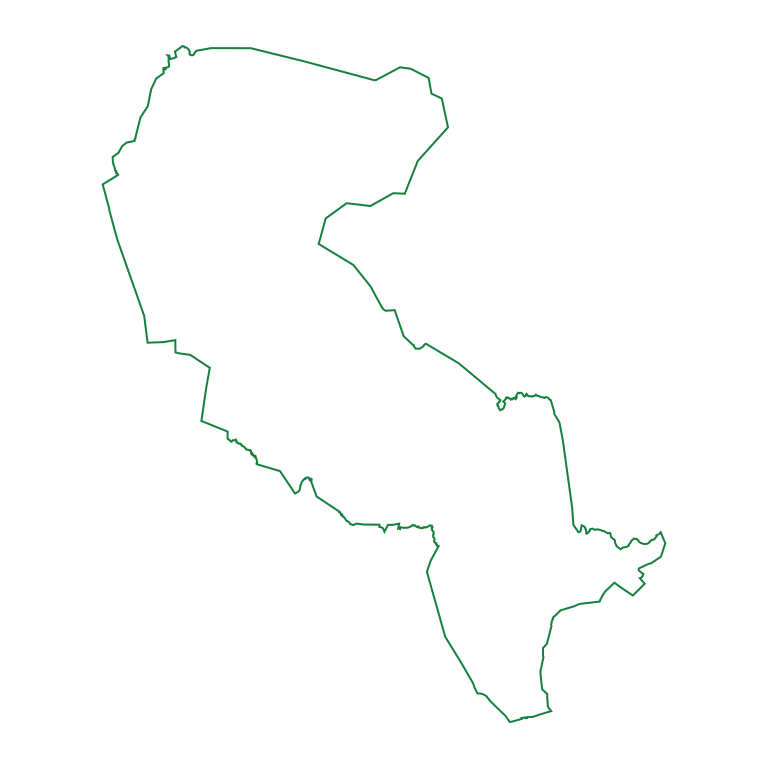 Tynset nor, Hedmark, Norway
{"feature_id": "86288312B7297449616309", "entity_name": "Tynset nor", "entity_type": "district", "adm_level": 2, "iso_a3": "NOR", "parent_name": "Norway", "parent_adm1": "Hedmark", "projection": "albers", "projection_center": [10.663, 62.36], "detail": "fine", "context": "isolated", "style": "outline", "palette": "green", "viewbox_px": 768, "rotation_deg": 0, "n_neighbors": 0, "source": "geoboundaries", "source_scale": "gbopen_adm2", "svg_char_len": 6077}
<svg xmlns="http://www.w3.org/2000/svg" viewBox="0 0 768 768"><path d="M417.8,160.9L448.0,127.3L441.8,98.5L431.5,93.7L428.6,77.9L410.8,68.8L400.0,67.3L376.0,80.1L373.9,80.1L305.4,61.7L250.9,48.2L211.2,48.1L196.3,50.8L194.1,53.6L193.8,54.7L192.0,55.4L189.8,54.6L189.8,54.2L189.4,53.5L189.8,52.6L189.7,51.7L188.6,49.5L186.9,47.9L185.9,47.3L184.5,47.5L183.9,46.3L182.6,46.1L181.4,46.6L181.1,47.2L174.9,51.6L176.3,56.9L173.6,58.3L170.2,59.0L170.0,58.0L169.5,57.3L169.2,55.5L167.7,55.4L168.4,56.1L168.6,58.3L168.9,58.9L168.5,60.7L169.2,66.2L168.1,67.2L165.7,67.7L165.7,69.3L164.4,69.4L164.1,68.0L163.4,68.0L163.5,70.7L163.8,73.1L156.2,78.5L151.2,89.2L147.8,106.2L140.5,117.4L135.5,137.0L135.6,137.9L134.6,139.4L134.7,140.9L126.6,142.6L122.2,146.1L118.4,152.9L112.7,157.0L112.9,162.2L113.2,162.5L113.3,164.3L114.5,166.9L114.6,168.0L115.1,169.2L115.0,169.7L115.2,170.6L116.3,171.2L116.1,171.7L116.6,172.5L116.1,172.5L116.3,173.3L116.8,173.3L118.1,174.9L102.7,184.4L109.2,208.6L109.2,209.8L117.3,239.6L144.2,315.9L147.6,342.7L163.6,342.1L175.3,340.1L175.5,352.4L179.5,353.4L190.2,354.9L209.8,367.8L206.2,387.9L201.4,421.0L227.7,431.6L227.5,434.4L227.6,438.7L228.4,439.5L229.2,439.6L230.6,441.3L231.5,441.7L232.8,440.2L233.9,440.4L235.9,439.6L236.6,441.3L236.4,441.9L236.6,442.6L237.8,442.7L238.9,443.8L239.4,443.5L240.7,443.7L241.0,444.6L241.7,445.0L241.8,445.8L244.3,446.9L244.6,447.7L245.9,448.5L246.3,449.6L247.7,449.6L249.5,450.5L250.4,450.0L251.0,451.4L251.2,453.9L251.8,454.1L252.4,453.5L252.6,454.3L253.1,454.6L252.7,455.3L253.5,455.7L255.3,455.8L255.2,456.4L255.5,456.7L254.8,457.2L256.2,458.2L256.3,459.1L256.8,460.1L257.0,462.1L257.0,462.9L256.5,463.1L256.5,463.5L257.2,463.4L257.3,464.4L280.0,471.1L295.0,493.5L298.5,491.6L299.1,490.8L299.8,489.4L300.2,487.4L300.3,485.5L301.2,484.2L301.5,482.6L302.0,481.5L302.9,480.8L303.4,479.7L304.7,479.2L304.7,478.7L305.5,478.1L305.7,478.4L306.0,477.8L307.8,477.4L308.5,477.5L308.6,477.8L308.5,478.0L309.3,478.4L309.3,479.7L309.7,480.1L310.3,479.6L310.6,478.7L311.6,479.2L311.2,479.9L311.6,480.7L311.3,481.2L311.3,482.0L316.7,496.6L339.7,511.9L339.3,512.3L340.5,513.1L340.9,513.8L340.9,514.6L341.3,514.6L341.6,514.1L342.2,514.3L342.2,514.7L341.6,515.1L342.6,515.8L342.5,516.3L344.1,517.3L345.3,518.8L346.1,520.5L348.7,521.9L349.4,522.6L349.9,523.8L353.4,525.2L354.1,524.6L356.9,523.6L363.3,524.5L379.5,524.7L379.4,527.0L381.1,527.2L382.6,528.0L383.6,529.4L384.4,531.8L388.1,524.8L392.5,524.9L399.2,523.6L398.2,528.5L398.7,528.3L400.0,529.1L400.6,527.2L403.0,527.8L407.9,527.7L410.7,526.5L412.5,525.0L413.4,525.7L413.9,525.2L414.7,525.2L416.5,526.9L418.0,526.3L418.3,526.4L418.2,527.2L419.3,527.9L419.9,527.6L422.0,528.4L423.0,527.4L423.6,527.8L424.9,527.0L425.6,527.5L428.0,526.6L429.5,525.4L431.2,525.6L431.4,526.1L432.0,525.9L432.2,526.3L431.9,526.7L432.3,527.2L432.0,527.3L432.0,528.3L431.8,528.4L432.2,529.6L432.0,530.1L433.4,531.4L433.3,531.9L433.7,532.4L433.7,533.9L433.2,534.5L433.3,535.3L433.1,535.8L433.2,536.2L433.2,537.0L433.9,537.5L434.6,539.0L434.0,541.5L434.8,542.1L434.9,542.7L435.4,543.1L436.3,543.1L436.1,544.2L437.2,545.2L437.0,545.7L438.6,546.1L430.8,560.4L426.9,571.8L445.2,636.7L460.7,661.9L473.0,683.1L474.6,687.6L477.4,693.4L481.1,693.6L484.5,694.9L486.8,696.5L487.5,697.8L489.0,699.2L489.4,700.3L505.7,716.1L509.7,721.9L511.4,721.8L521.8,718.9L521.5,718.1L521.8,718.0L524.4,717.6L524.7,718.1L526.7,718.0L526.5,717.2L533.2,716.8L540.0,714.4L551.2,711.1L547.8,706.6L547.1,693.8L542.2,689.4L540.9,678.5L540.4,671.5L543.5,657.2L543.1,656.4L543.0,648.0L546.9,643.9L551.5,625.9L551.1,624.6L551.7,622.7L551.6,622.1L551.8,621.0L552.2,620.6L552.4,619.5L553.0,619.0L552.8,618.1L553.7,616.8L555.4,615.5L560.5,610.4L574.0,606.3L579.7,603.9L599.5,601.6L600.0,601.1L600.2,599.8L602.0,596.7L602.1,596.2L602.6,595.7L603.0,594.6L604.3,593.0L605.0,591.6L614.4,582.7L621.0,587.6L632.9,595.5L644.7,583.7L639.9,578.2L640.7,578.0L642.5,576.4L643.4,573.8L642.4,573.5L638.7,570.3L638.6,569.2L639.0,568.4L648.4,563.9L650.9,563.4L661.0,556.6L665.3,543.3L660.7,532.3L659.0,534.1L656.4,535.3L656.2,535.8L656.5,536.6L655.2,537.9L654.8,538.8L653.1,539.8L651.6,539.9L651.0,540.8L649.9,541.4L649.2,542.6L647.5,543.7L644.3,544.1L640.7,543.0L638.7,541.4L638.1,539.9L637.4,539.8L636.6,538.7L635.1,539.0L634.0,538.5L631.0,541.1L630.7,542.4L629.2,544.0L628.7,545.8L627.9,545.8L626.8,546.9L622.8,547.5L621.3,548.9L620.5,549.2L616.6,546.2L615.1,542.7L614.9,540.3L611.3,537.3L610.7,535.9L610.5,533.7L609.8,532.9L607.7,533.3L606.9,532.6L605.2,532.1L604.1,531.0L603.0,531.1L600.2,529.9L597.3,529.3L594.9,529.8L592.3,528.6L591.2,529.1L590.2,529.1L589.9,529.5L589.9,530.3L589.6,531.3L588.7,531.5L588.0,532.8L587.0,533.6L586.2,533.5L586.2,532.8L586.4,532.1L586.1,531.0L586.2,530.5L585.9,529.4L585.4,528.9L585.5,528.2L583.9,526.3L581.7,525.3L580.5,531.4L578.4,532.2L578.0,531.6L573.4,524.9L572.2,508.0L562.8,440.1L559.4,422.2L554.2,413.9L554.3,411.9L550.7,400.0L549.3,399.5L548.7,398.2L547.6,397.5L545.5,397.1L544.4,398.0L543.6,397.5L540.6,397.1L539.0,396.0L536.4,395.6L535.9,394.7L533.7,396.3L532.6,396.1L531.5,396.7L529.9,396.0L528.4,396.2L526.5,393.9L525.9,394.6L525.7,395.8L524.5,396.6L523.9,396.3L522.2,393.4L521.5,393.0L520.3,392.7L519.0,393.2L518.0,392.7L516.6,394.9L516.5,395.9L516.0,396.5L516.6,397.1L516.8,397.7L515.7,398.4L515.6,398.6L515.8,398.9L515.6,399.2L515.3,399.0L515.2,398.0L514.1,397.8L513.1,398.2L512.8,398.5L512.9,398.9L512.5,399.3L511.6,398.9L510.8,399.6L510.1,398.5L509.0,398.4L507.5,397.3L506.4,397.4L506.3,397.9L506.4,398.4L505.8,398.6L505.8,399.0L503.3,401.6L505.2,403.3L503.8,407.9L502.1,409.6L501.3,409.5L500.2,410.2L498.7,408.1L498.5,406.5L497.6,405.7L497.4,405.3L497.7,405.0L497.3,403.9L498.4,403.0L498.8,401.9L499.6,401.9L500.5,400.2L497.2,397.7L496.3,396.4L495.7,394.7L495.7,394.2L458.9,363.4L425.9,343.7L424.3,344.6L424.0,345.5L422.7,346.8L419.6,348.7L415.8,348.7L414.1,346.7L413.9,345.3L413.2,345.1L403.7,336.3L394.7,310.1L385.8,310.8L383.1,309.1L381.1,305.9L370.6,286.5L353.4,265.0L318.7,244.0L325.7,218.4L346.7,203.2L370.4,206.0L393.2,193.2L404.8,193.7L417.8,160.9Z" fill="none" stroke="#15803d" stroke-width="2"/></svg>